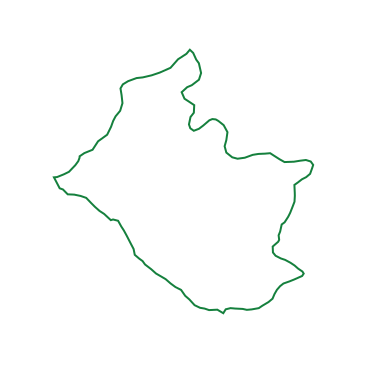 Tartar District, Tərtər, Azerbaijan, rotated 248°
{"feature_id": "54616110B79809370995070", "entity_name": "Tartar District", "entity_type": "district", "adm_level": 2, "iso_a3": "AZE", "parent_name": "Azerbaijan", "parent_adm1": "Tərtər", "projection": "equal_earth", "projection_center": [46.824, 40.278], "detail": "fine", "context": "isolated", "style": "outline", "palette": "green", "viewbox_px": 384, "rotation_deg": 248, "n_neighbors": 0, "source": "geoboundaries", "source_scale": "gbopen_adm2", "svg_char_len": 2001}
<svg xmlns="http://www.w3.org/2000/svg" viewBox="0 0 384 384"><g transform="rotate(248 192 192)"><path d="M257.3,69.5L251.2,70.1L245.0,70.7L242.7,73.3L236.4,75.9L233.7,81.8L230.1,87.2L226.2,91.7L219.2,94.5L214.7,96.4L209.2,99.1L204.6,102.3L196.3,106.2L196.1,108.5L193.0,112.7L186.5,113.5L181.9,114.4L175.8,115.1L167.1,115.9L161.0,116.5L155.2,115.4L150.0,118.1L146.5,120.3L142.4,121.3L135.6,125.3L129.9,128.1L125.9,131.2L121.1,134.9L115.2,137.9L110.0,141.1L105.3,145.2L98.3,146.8L93.4,149.3L86.1,152.0L81.6,156.1L79.2,160.0L76.1,163.6L73.4,171.4L67.9,175.6L70.6,179.3L69.9,184.2L67.7,188.5L64.6,195.2L62.2,198.7L60.8,203.3L59.3,210.4L60.2,214.6L61.3,221.7L62.9,226.7L66.5,230.3L69.5,234.1L71.7,238.4L72.9,242.5L72.6,249.0L72.6,254.1L72.9,262.7L74.5,265.0L76.9,264.6L81.2,261.7L85.4,259.6L89.5,256.8L94.2,252.9L97.1,249.5L101.6,245.6L105.6,244.4L111.2,246.4L113.6,253.3L115.0,254.9L119.4,256.1L122.3,258.9L128.3,263.0L129.2,266.5L133.0,271.9L135.8,275.1L140.3,279.4L144.6,283.4L149.9,285.9L152.8,287.0L160.2,289.6L161.0,293.0L162.6,298.8L163.0,303.4L164.6,308.3L169.3,312.5L171.7,314.5L173.4,314.1L175.8,313.5L179.0,309.6L180.5,304.0L181.9,297.9L185.1,289.0L189.5,285.5L195.7,281.1L198.7,279.0L200.2,274.1L202.4,267.9L203.7,262.2L204.0,253.8L205.8,246.7L209.1,242.3L215.7,238.6L222.2,239.4L227.3,243.3L234.2,247.3L242.1,246.4L248.1,243.0L250.4,241.2L252.0,238.2L252.0,235.0L249.4,227.3L248.0,222.1L248.1,216.6L251.7,214.3L255.8,214.5L262.1,218.7L264.8,223.4L271.7,226.6L276.7,223.2L281.3,220.0L288.4,219.8L291.0,226.8L291.1,231.8L293.5,240.5L298.9,245.0L308.8,246.6L313.2,245.5L320.5,245.2L324.7,243.3L322.2,238.6L320.3,228.8L315.2,218.6L314.8,206.8L315.3,198.3L316.7,189.3L318.4,183.3L318.7,174.3L317.7,168.2L314.8,164.5L308.2,163.0L300.4,160.8L294.2,155.8L290.8,149.5L287.4,145.5L282.8,141.4L276.9,134.8L275.2,128.0L274.2,123.9L268.4,115.6L268.4,106.8L267.2,101.2L265.8,100.5L263.2,98.1L260.6,93.9L256.8,85.5L256.4,79.8L256.4,72.5L257.3,69.5Z" fill="none" stroke="#15803d" stroke-width="2"/></g></svg>